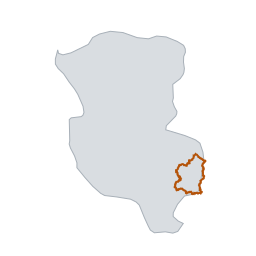 Nyaruguru, Southern, Rwanda shown in context, rotated 282°
{"feature_id": "39286606B69204186902764", "entity_name": "Nyaruguru", "entity_type": "district", "adm_level": 2, "iso_a3": "RWA", "parent_name": "Rwanda", "parent_adm1": "Southern", "projection": "mercator", "projection_center": [29.568, -2.686], "detail": "fine", "context": "in_parent", "style": "outline", "palette": "amber", "viewbox_px": 256, "rotation_deg": 282, "n_neighbors": 0, "source": "geoboundaries", "source_scale": "gbopen_adm2", "svg_char_len": 6013}
<svg xmlns="http://www.w3.org/2000/svg" viewBox="0 0 256 256"><g transform="rotate(282 128 128)"><path d="M100.1,73.8L103.3,73.7L124.0,68.8L126.1,70.3L129.4,79.9L131.2,81.3L134.1,81.7L139.9,79.5L150.5,71.9L155.2,67.4L160.7,60.9L167.7,53.7L171.6,47.4L175.4,43.7L180.4,42.6L185.9,42.9L189.8,43.0L186.6,44.5L186.0,49.1L189.6,56.5L201.5,71.8L209.1,74.6L214.0,80.6L218.9,90.6L220.3,103.2L218.3,118.3L219.5,129.5L223.9,136.9L225.0,146.4L222.9,158.2L220.4,165.2L217.4,167.5L214.0,168.4L209.5,167.6L203.9,168.6L197.8,170.8L194.0,171.1L191.6,170.7L187.1,168.8L180.0,162.7L166.8,166.1L163.2,166.0L158.4,168.9L154.4,172.4L152.0,172.7L149.6,172.2L138.2,165.0L134.1,165.3L132.4,185.4L130.4,196.6L128.1,201.5L120.0,206.3L111.8,209.1L107.3,208.9L89.2,210.4L82.2,210.4L78.3,208.8L73.2,197.4L63.7,192.3L54.5,189.9L50.8,190.6L47.4,196.5L46.1,201.9L37.2,198.2L34.5,193.7L34.2,186.1L31.0,175.6L32.8,171.1L36.3,168.2L43.7,162.7L54.9,155.1L57.3,151.4L58.9,145.3L58.2,131.1L57.1,119.2L58.4,114.9L63.6,105.7L70.5,96.3L78.5,86.3L83.3,85.3L89.6,81.5L96.4,75.9L100.1,73.8Z" fill="#d9dde1" stroke="#a8b0b8" stroke-width="1"/><path d="M116.5,199.5L115.9,199.2L115.5,199.1L115.3,198.8L115.0,198.6L114.7,198.3L114.7,198.2L114.5,198.3L114.3,198.0L114.1,198.0L113.4,198.3L112.9,198.2L112.3,198.3L112.1,198.1L111.5,197.8L110.9,197.5L110.3,197.5L110.2,197.1L110.3,196.9L110.1,196.8L109.9,196.8L109.6,196.4L109.0,196.0L108.9,195.8L108.9,195.7L109.1,195.4L109.3,194.9L109.1,194.4L108.3,194.5L108.1,194.5L107.6,194.7L107.3,194.7L107.3,194.9L107.0,195.0L106.9,195.2L106.7,195.3L106.5,195.6L106.3,195.6L106.2,195.4L106.1,195.2L106.1,194.9L106.2,194.3L106.2,194.1L106.1,193.9L105.9,193.8L105.9,193.5L105.6,193.3L105.2,193.3L104.8,193.6L104.5,193.4L104.1,193.1L103.8,193.2L103.5,193.1L103.3,193.2L103.1,192.8L103.1,192.7L103.5,192.4L103.6,191.6L103.6,191.3L103.4,191.0L103.2,190.6L103.3,190.4L103.7,190.1L103.9,189.8L104.1,189.2L104.0,188.8L103.6,188.0L103.4,187.8L103.3,187.6L102.8,187.5L102.7,187.0L102.7,186.8L102.6,186.6L102.6,186.2L102.1,186.2L102.0,185.7L101.8,185.7L101.5,186.0L101.2,186.0L100.7,185.7L100.1,185.5L100.0,185.3L99.5,185.4L99.1,185.1L98.9,185.2L98.3,185.3L97.6,184.9L97.3,184.6L96.8,184.3L96.6,184.3L96.6,183.8L96.0,183.9L95.9,184.3L95.7,184.3L95.8,184.4L95.7,184.8L95.4,184.9L95.3,185.1L95.1,185.2L94.9,185.0L94.7,185.1L94.6,185.3L94.6,185.6L94.4,185.8L94.3,185.7L93.9,185.7L93.6,185.9L93.2,186.0L92.9,186.0L92.7,186.1L92.6,186.4L92.2,186.5L92.0,186.8L91.9,187.3L91.6,187.3L91.4,187.3L91.2,187.3L90.8,187.7L91.1,188.0L91.2,188.4L91.3,188.4L91.4,188.6L91.4,188.8L91.1,189.0L91.0,188.8L90.9,188.8L90.7,189.0L90.4,189.1L90.2,189.4L90.1,189.1L89.7,189.1L89.3,189.1L89.2,189.2L88.8,189.4L88.9,189.8L88.8,190.2L88.6,190.2L88.5,190.3L88.1,190.3L87.5,189.8L87.3,189.4L87.4,189.2L87.4,188.9L87.2,188.7L87.3,188.6L86.9,188.5L86.6,188.5L86.4,188.1L86.2,188.1L86.1,188.3L85.8,188.1L85.9,187.8L85.8,187.7L85.7,187.4L85.3,186.5L85.3,186.4L84.4,186.1L83.9,186.3L83.3,186.3L83.0,186.1L83.0,185.9L82.5,185.9L82.2,185.8L81.7,186.1L81.2,186.3L80.9,186.1L80.6,185.9L80.1,185.9L79.7,186.0L79.6,186.6L79.4,187.1L79.5,187.2L79.4,187.4L78.9,187.8L78.6,187.9L78.3,188.0L78.2,188.1L77.9,188.0L77.6,188.1L77.4,188.4L77.3,188.5L77.6,188.8L77.8,188.8L77.8,189.2L77.6,189.5L77.8,190.0L78.5,189.9L78.7,190.0L78.7,190.4L78.8,190.5L78.9,191.1L79.2,191.3L79.6,191.8L79.5,192.1L79.7,192.3L79.6,192.7L79.8,192.9L80.0,193.4L79.9,193.6L79.8,194.0L79.4,194.2L79.0,194.7L78.9,195.5L78.5,196.1L78.7,196.5L78.4,197.1L78.2,197.7L77.9,198.0L77.3,198.1L76.9,198.0L76.3,198.3L76.2,199.0L76.6,199.3L76.9,199.1L77.1,199.3L77.3,199.9L77.5,200.0L77.8,200.4L77.8,200.6L78.0,201.0L77.9,201.1L78.2,201.3L78.1,201.5L78.1,201.8L78.2,202.1L78.3,202.3L78.5,202.4L78.8,202.9L78.5,203.3L78.1,203.7L77.6,204.0L77.4,204.0L77.2,204.1L76.9,204.2L76.8,204.3L76.7,204.5L77.4,205.1L77.3,205.5L77.2,205.8L77.1,206.1L77.4,206.2L77.5,206.2L78.0,206.6L78.3,206.5L78.3,207.1L78.1,207.4L78.3,207.5L78.7,208.0L78.7,208.4L79.0,208.8L78.7,209.3L78.5,209.6L78.6,209.8L78.5,210.1L78.9,210.3L79.0,210.6L79.4,211.4L79.5,211.6L79.4,211.7L79.4,211.9L79.6,212.0L79.7,212.3L79.5,212.6L79.4,212.7L79.8,212.8L80.0,212.7L80.1,213.2L80.3,213.4L80.5,213.3L80.9,213.3L80.9,212.8L81.3,212.6L81.4,212.2L81.5,212.1L81.7,211.7L81.9,211.7L82.1,211.6L82.1,211.4L82.4,211.4L82.7,211.2L82.8,211.5L83.0,211.7L83.6,211.3L83.9,211.0L84.0,211.1L84.4,211.0L84.9,210.6L85.0,210.4L86.1,210.0L86.3,209.7L86.5,209.7L86.8,209.4L87.1,209.6L87.7,209.4L88.0,209.7L88.4,209.6L88.6,209.7L88.6,210.0L89.1,210.4L89.2,210.5L89.9,210.4L90.2,210.5L90.3,210.4L90.5,210.4L91.1,209.9L91.4,209.8L91.6,210.1L92.0,210.5L92.5,210.6L93.0,211.0L93.4,211.4L93.5,211.7L93.6,211.8L94.0,211.8L94.2,212.2L94.5,212.4L94.8,212.4L94.8,212.5L95.6,212.4L95.7,212.2L95.9,212.2L96.1,212.2L96.1,212.3L96.3,212.4L96.5,212.4L96.8,212.5L96.9,212.4L97.0,212.1L96.8,211.4L97.1,211.2L97.3,211.3L97.7,211.3L99.1,210.7L99.5,210.7L99.8,210.7L100.0,210.6L100.7,210.1L100.8,210.1L101.2,209.9L101.3,209.9L101.3,210.3L101.5,210.4L101.8,210.4L102.0,210.4L102.2,210.2L102.4,210.3L102.9,210.2L103.0,210.4L103.2,210.6L103.6,210.7L103.8,210.6L104.2,210.4L104.2,210.2L104.2,210.3L104.3,210.3L104.4,210.1L104.6,210.3L105.3,209.9L105.5,209.6L105.6,209.4L105.8,209.2L105.9,208.8L106.1,208.6L106.5,208.6L106.7,208.4L106.9,208.5L107.0,208.4L107.3,208.5L108.1,208.4L108.5,208.6L108.6,208.8L109.0,208.8L109.2,209.1L109.5,209.1L109.7,209.4L109.9,209.6L110.5,209.6L110.8,209.9L111.0,210.3L111.4,210.5L111.5,210.4L111.4,210.3L111.5,210.3L111.8,210.5L112.0,210.5L112.1,210.4L112.1,210.0L112.0,209.9L112.0,209.6L111.9,209.6L111.7,209.3L111.9,209.2L111.9,208.8L112.1,208.6L112.1,208.2L112.2,207.9L112.3,207.8L112.5,207.8L112.6,207.4L112.8,207.2L113.0,207.1L113.1,206.6L113.3,206.4L113.3,206.1L113.1,205.9L113.3,205.7L113.5,205.5L113.6,205.4L113.6,205.0L113.8,204.6L113.8,204.4L113.7,204.3L113.8,204.2L114.2,203.9L114.2,203.3L114.2,203.1L114.4,203.0L114.4,202.8L114.9,202.6L115.2,202.3L115.5,201.7L116.2,201.0L116.3,200.2L116.4,199.6L116.5,199.5Z" fill="none" stroke="#b45309" stroke-width="2"/></g></svg>